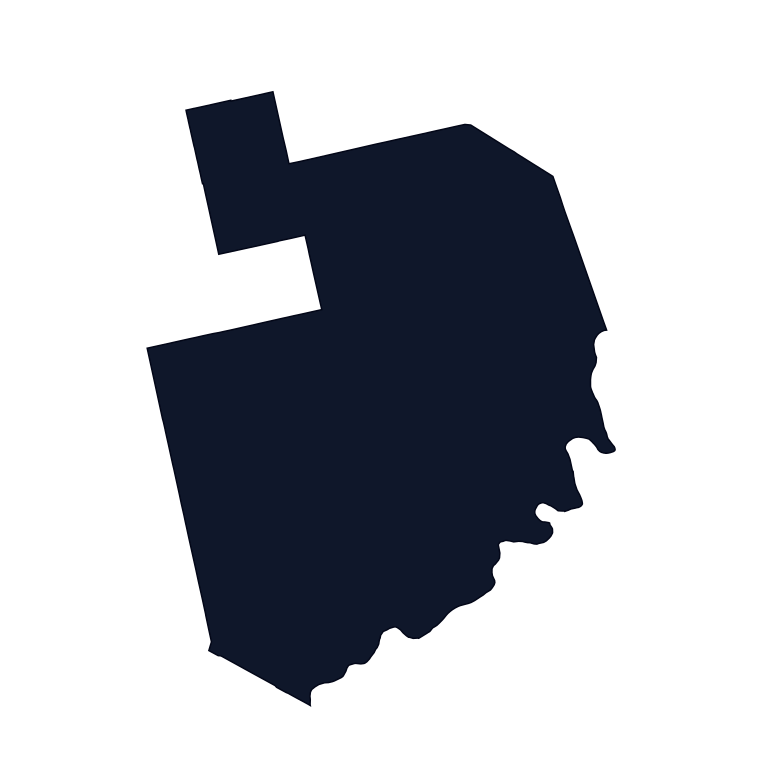 the district of Norwood Payneham and St Peters, South Australia, Australia, rotated 171°
{"feature_id": "25037944B5908676794620", "entity_name": "Norwood Payneham and St Peters", "entity_type": "district", "adm_level": 2, "iso_a3": "AUS", "parent_name": "Australia", "parent_adm1": "South Australia", "projection": "orthographic", "projection_center": [138.63, -34.908], "detail": "fine", "context": "isolated", "style": "filled", "palette": "ink", "viewbox_px": 768, "rotation_deg": 171, "n_neighbors": 0, "source": "geoboundaries", "source_scale": "gbopen_adm2", "svg_char_len": 6082}
<svg xmlns="http://www.w3.org/2000/svg" viewBox="0 0 768 768"><g transform="rotate(171 384 384)"><path d="M263.5,627.7L272.5,627.2L286.5,626.3L291.8,626.0L308.8,624.9L330.8,623.6L344.9,622.7L354.0,622.2L362.7,621.6L377.1,620.6L399.2,619.1L432.4,616.9L443.4,616.4L444.1,629.4L444.9,640.0L445.1,642.3L448.0,690.0L476.7,688.2L490.1,687.4L490.9,687.4L490.9,688.2L503.3,687.4L519.0,686.4L527.8,685.9L528.9,685.9L530.0,685.8L536.7,685.4L536.6,682.8L536.2,676.9L536.1,675.9L536.1,674.8L535.6,666.7L535.4,665.2L535.4,663.7L534.6,651.2L534.4,648.4L534.3,647.7L534.2,647.1L533.5,634.8L533.3,632.9L532.9,625.5L532.7,623.0L532.4,618.8L532.4,617.6L532.0,611.3L531.9,610.2L531.1,610.2L530.6,600.9L529.7,586.3L529.0,574.2L528.0,557.2L527.8,554.0L526.9,538.0L504.4,539.3L483.7,540.5L466.8,541.5L465.2,541.8L453.6,542.4L438.7,543.4L438.6,542.1L438.1,534.8L437.7,528.8L437.5,523.8L436.9,514.8L436.3,504.7L435.5,492.6L434.3,474.2L433.8,467.2L446.7,466.4L451.3,466.1L458.1,465.7L462.2,465.5L469.5,465.0L473.5,464.8L480.9,464.3L485.8,464.0L491.9,463.6L499.4,463.1L503.3,462.8L511.4,462.3L523.4,461.5L528.3,461.2L534.2,460.9L538.8,460.6L544.8,460.5L555.5,459.9L562.7,459.4L568.6,459.1L598.8,457.2L612.3,456.4L610.5,425.4L608.2,384.4L607.8,380.8L607.3,373.4L607.3,372.5L606.9,365.8L606.4,357.9L605.2,337.1L604.9,333.4L603.4,307.7L602.9,297.4L602.1,285.5L601.7,277.3L601.5,274.4L600.9,263.4L600.4,255.3L598.8,229.7L598.2,218.4L597.0,199.3L596.6,191.9L596.2,184.9L596.2,183.2L595.5,169.4L594.8,157.1L594.8,156.2L598.7,148.1L590.2,141.6L589.0,141.4L587.4,140.9L578.4,133.9L568.6,126.3L565.8,124.1L557.8,117.9L549.9,111.8L538.8,103.2L537.5,101.2L528.9,94.6L528.8,94.8L519.1,87.3L509.3,79.8L507.1,78.0L507.1,79.3L506.2,83.7L506.0,87.3L504.9,91.1L504.0,92.5L503.0,93.7L499.5,95.7L495.4,97.4L489.5,98.2L485.5,97.8L481.6,98.1L479.5,98.5L472.2,100.7L470.6,101.5L469.8,102.2L466.6,106.3L465.1,109.2L463.1,111.5L462.1,111.9L456.9,112.6L455.6,112.5L450.7,111.2L447.5,111.1L446.3,111.4L444.3,112.4L441.3,114.8L439.7,116.6L435.8,120.3L433.8,123.2L432.0,124.8L429.9,128.0L429.0,130.9L428.2,132.8L427.5,133.8L427.3,134.5L426.6,136.4L423.5,139.7L419.6,140.7L416.8,141.8L412.0,142.5L410.5,142.3L409.0,141.4L406.1,138.6L404.1,135.3L401.3,131.9L401.0,131.6L399.3,130.0L398.3,129.8L395.0,128.2L390.5,127.8L389.5,127.4L380.4,131.2L380.3,131.3L379.1,131.8L377.7,132.3L376.9,132.9L375.0,134.7L374.1,135.5L372.8,136.0L371.3,136.6L369.5,137.4L366.7,139.3L363.2,141.9L361.4,143.4L358.7,145.9L356.7,147.5L354.2,149.1L351.6,150.5L348.5,151.8L345.7,152.7L343.6,153.2L340.9,153.5L338.1,153.8L334.9,154.1L332.2,154.6L328.4,155.9L324.2,157.8L322.7,158.5L319.0,160.1L316.0,161.9L311.1,163.9L308.9,165.9L306.6,168.5L305.6,170.5L305.5,172.6L306.9,177.6L306.9,180.8L306.2,184.7L304.6,187.1L303.7,187.9L302.3,188.7L298.4,192.2L297.1,194.2L296.0,198.9L296.3,207.2L295.8,208.1L294.2,209.6L293.4,209.9L291.0,210.0L289.2,210.4L288.0,210.5L284.1,209.3L280.6,207.8L275.6,207.6L271.8,206.8L269.6,205.8L266.8,204.8L264.6,204.4L260.8,202.6L258.4,202.0L257.3,202.0L256.4,202.3L251.1,202.6L248.2,203.7L245.0,205.9L243.0,207.6L241.0,210.3L240.7,211.1L240.3,214.5L240.7,215.9L242.1,218.9L242.2,220.8L243.0,221.3L246.5,222.5L249.0,223.0L250.2,223.8L251.3,224.8L252.9,226.9L254.7,230.2L255.3,232.7L254.9,235.1L254.1,236.7L251.8,239.7L250.7,240.8L249.3,241.5L247.3,241.9L246.5,242.0L245.1,241.8L242.5,240.5L240.1,238.6L238.1,237.5L234.1,234.0L231.9,231.6L229.3,231.0L226.9,230.5L225.5,230.4L225.4,229.9L221.8,230.5L219.0,231.3L217.2,231.4L214.7,231.5L212.9,231.7L211.1,231.7L209.3,232.3L208.2,232.9L207.4,233.7L206.8,234.5L206.7,235.9L206.8,238.1L207.4,241.0L208.2,244.2L209.1,246.7L210.0,249.4L210.5,252.4L210.9,254.6L211.1,256.3L211.1,258.7L211.1,261.9L211.2,262.7L211.0,266.0L210.9,268.1L211.6,268.1L211.5,269.5L212.1,280.5L213.3,286.3L214.5,289.3L215.1,291.4L214.9,293.6L213.4,296.3L210.9,298.4L206.1,300.8L203.3,301.3L200.2,301.2L195.8,300.0L192.7,298.8L190.6,297.8L190.1,297.5L189.9,297.3L189.3,296.6L188.9,296.1L188.7,295.8L188.6,295.7L188.3,295.4L188.1,295.1L187.9,294.9L187.7,294.6L187.5,294.3L187.3,294.0L187.2,293.8L187.0,293.6L186.9,293.3L186.6,293.1L186.5,292.8L185.9,292.0L185.8,291.9L185.7,291.7L185.5,291.3L185.2,290.9L185.1,290.7L184.7,290.1L184.6,289.9L184.5,289.6L184.3,289.3L184.1,289.0L183.6,287.9L183.4,287.4L183.2,286.6L183.1,286.4L182.9,285.8L182.7,285.5L182.5,285.2L182.2,284.8L181.9,284.4L181.8,284.2L181.7,284.0L181.1,283.4L180.9,283.3L180.1,282.6L179.5,282.3L179.3,282.2L179.0,282.1L178.8,282.0L178.6,281.9L177.8,281.5L177.3,281.4L177.0,281.3L176.1,281.0L175.1,280.8L174.0,280.8L173.6,280.7L173.3,280.7L173.1,280.8L172.5,280.8L172.2,280.8L171.6,280.8L171.3,280.9L170.9,280.9L169.8,281.1L169.1,281.2L168.3,281.3L167.9,281.5L167.3,281.7L167.1,281.8L166.9,281.9L166.7,282.0L166.3,282.4L166.2,282.6L166.0,283.1L166.0,283.3L166.0,283.8L166.1,284.8L166.2,285.0L166.2,285.3L166.4,285.7L166.4,286.0L166.5,286.1L166.6,286.4L167.1,287.1L167.2,287.3L167.4,287.7L167.6,288.0L168.0,288.7L168.5,289.6L169.8,292.1L170.0,292.5L170.4,293.2L170.7,293.8L171.2,294.6L171.3,294.8L171.4,295.1L171.5,295.9L171.7,296.6L171.8,297.1L171.8,297.6L171.8,297.9L171.9,299.1L171.9,299.7L172.0,300.1L172.1,300.9L172.4,302.1L172.5,302.6L172.8,303.4L173.0,303.9L173.1,304.3L173.6,307.1L173.7,311.0L174.0,316.0L174.1,317.8L174.1,318.5L174.4,323.7L174.6,325.5L174.9,327.3L175.2,329.1L175.5,330.7L175.6,331.2L175.6,331.6L175.8,332.4L176.1,333.4L176.5,334.5L177.1,335.7L177.3,336.0L177.9,337.4L178.2,338.2L178.7,340.2L179.1,341.8L179.3,342.3L180.0,345.5L180.3,347.2L180.4,348.0L180.4,348.5L180.4,349.2L180.3,350.0L180.2,350.6L180.0,351.9L179.6,354.5L179.4,355.8L178.8,358.2L178.5,359.2L178.1,360.5L177.6,361.8L177.3,362.5L176.6,363.7L175.2,365.9L172.9,368.7L172.3,369.8L171.2,372.0L170.0,377.0L170.7,380.2L171.0,382.6L170.8,390.2L169.8,393.1L169.3,394.6L168.1,396.3L165.8,398.9L163.9,400.4L161.0,401.8L158.2,402.5L155.7,402.4L155.9,403.5L157.3,410.8L173.2,498.7L175.3,509.6L178.4,526.0L179.6,533.2L180.7,540.5L182.0,547.6L183.3,554.7L184.7,562.6L216.6,590.4L219.0,592.8L223.7,596.6L257.8,626.2L263.5,627.7Z" fill="#0f172a" stroke="#020617" stroke-width="1.5"/></g></svg>